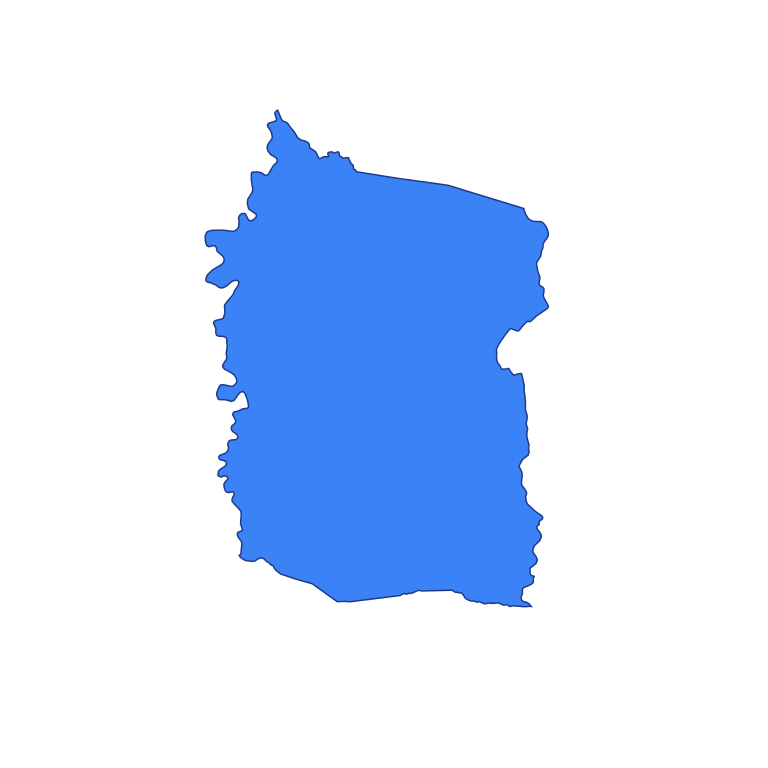 outline of Tocoa, Colón, Honduras, rotated 308°
{"feature_id": "27666195B94157421146472", "entity_name": "Tocoa", "entity_type": "district", "adm_level": 2, "iso_a3": "HND", "parent_name": "Honduras", "parent_adm1": "Colón", "projection": "mercator", "projection_center": [-85.973, 15.578], "detail": "fine", "context": "isolated", "style": "filled", "palette": "blue", "viewbox_px": 768, "rotation_deg": 308, "n_neighbors": 0, "source": "geoboundaries", "source_scale": "gbopen_adm2", "svg_char_len": 6171}
<svg xmlns="http://www.w3.org/2000/svg" viewBox="0 0 768 768"><g transform="rotate(308 384 384)"><path d="M214.2,317.2L213.9,318.9L213.3,319.5L209.2,319.1L206.7,319.4L204.2,321.6L202.1,324.9L201.9,325.9L202.3,327.6L202.9,328.5L205.9,331.2L206.0,332.6L205.6,333.2L204.8,333.8L200.0,335.0L198.2,336.4L197.3,339.9L196.1,347.8L195.3,349.7L193.9,351.4L185.7,356.9L182.0,362.2L180.8,362.3L177.5,360.3L176.4,360.3L175.4,360.8L174.4,361.9L173.0,364.8L172.6,367.2L171.3,369.9L162.2,375.7L161.2,375.9L159.9,375.4L159.1,377.1L159.1,380.0L159.5,383.0L160.6,385.3L163.3,389.6L165.2,391.3L169.1,392.6L170.4,393.4L171.5,394.5L172.2,396.0L172.3,397.3L171.8,400.4L172.3,403.3L171.8,405.5L172.4,408.8L171.4,411.0L170.6,413.7L170.6,419.3L175.9,434.5L182.4,450.4L183.7,481.2L188.4,486.7L191.4,491.2L227.1,526.8L231.5,528.8L232.0,531.0L234.1,532.2L235.9,534.5L242.7,538.2L244.2,541.2L263.4,564.6L263.7,568.1L264.9,569.9L265.8,572.0L267.3,573.9L266.4,576.4L266.3,577.4L265.5,578.8L265.3,581.3L265.7,583.5L266.8,586.6L268.6,588.7L269.1,591.3L271.2,593.3L272.5,598.2L273.4,599.4L275.3,600.7L278.7,605.6L281.8,608.5L283.4,614.5L285.7,616.7L286.2,620.3L288.7,622.3L295.4,632.4L298.2,635.3L299.4,637.1L300.0,634.3L300.0,631.9L299.7,630.5L298.8,629.0L298.3,626.7L298.9,624.8L300.2,623.4L304.2,622.0L307.6,619.4L309.1,619.2L310.1,619.5L312.5,621.2L316.6,623.2L318.7,623.8L319.9,623.6L322.6,621.4L324.9,620.7L323.8,618.1L324.1,616.7L324.8,615.6L328.7,612.6L329.6,612.5L332.2,613.5L336.4,614.2L339.3,613.4L340.2,612.5L341.7,609.9L343.0,605.3L344.6,603.6L346.1,602.9L349.5,602.1L356.1,603.1L359.7,602.4L361.1,601.5L362.1,600.2L363.1,598.1L364.1,594.0L365.2,592.6L366.5,592.3L369.0,592.8L370.4,591.3L371.1,591.0L375.1,591.9L376.4,591.4L377.0,590.4L377.2,589.1L376.8,582.1L377.7,571.0L379.0,568.6L381.3,566.0L382.7,564.9L385.4,563.9L386.2,563.1L387.8,560.0L388.8,555.5L389.6,554.1L391.5,552.6L397.7,548.8L399.7,546.3L402.0,541.5L402.7,540.8L409.8,539.6L416.5,541.4L419.7,540.2L422.9,537.0L425.3,535.8L428.7,531.1L431.2,528.3L434.2,526.2L437.2,524.7L440.2,520.4L443.4,518.9L446.8,516.8L451.0,511.1L457.1,506.4L461.7,502.0L464.2,499.2L469.5,495.1L476.2,486.8L476.7,486.2L476.5,485.4L475.0,483.9L470.8,480.7L471.0,478.8L471.7,476.2L473.1,472.7L472.7,472.2L471.2,471.3L468.5,468.0L468.3,467.2L469.6,464.4L470.9,460.2L471.7,458.9L474.0,456.5L478.2,453.4L480.5,451.3L482.7,450.6L489.3,449.6L502.0,449.2L504.7,449.4L505.5,449.7L506.0,450.4L507.8,456.2L508.6,457.2L510.4,457.5L516.1,457.6L520.7,458.1L521.8,458.7L522.9,460.6L523.7,461.0L531.7,462.3L543.2,466.0L545.6,466.2L547.0,464.9L550.2,457.4L551.6,455.1L556.1,452.6L557.7,451.2L558.0,449.4L557.6,446.1L558.0,445.0L559.1,444.1L564.1,441.2L567.6,435.7L572.5,430.2L574.3,429.4L581.1,428.8L585.9,426.3L589.2,425.4L592.4,423.1L595.3,422.7L600.0,422.6L601.6,422.2L604.2,420.4L606.2,417.8L607.6,415.2L608.7,411.5L608.9,409.6L608.6,407.8L604.2,401.7L603.5,399.7L603.1,397.0L603.5,394.7L605.3,390.5L607.5,387.0L608.4,386.2L579.9,311.9L554.3,267.8L534.7,232.3L534.5,231.0L535.2,229.4L534.7,227.7L537.3,225.0L537.6,222.1L539.0,219.1L540.3,217.1L540.2,216.4L539.8,215.6L536.6,212.7L536.9,210.6L536.3,208.7L538.4,206.3L538.7,204.9L538.0,204.2L535.2,202.7L535.1,200.4L532.9,198.1L531.9,197.6L531.1,197.8L530.3,198.6L529.5,200.2L529.0,200.4L526.4,197.0L524.8,195.9L522.8,195.3L521.7,193.8L524.9,187.2L524.5,179.9L526.8,177.5L527.3,176.3L527.4,174.6L526.8,172.2L525.2,168.4L524.9,164.4L527.6,157.6L528.8,151.4L530.1,147.6L530.1,146.5L529.1,143.1L529.2,140.6L534.3,131.7L533.2,131.1L531.2,130.9L530.1,131.2L526.5,136.3L525.5,136.8L523.7,136.2L518.9,132.8L517.7,132.4L516.7,132.6L515.9,133.1L515.2,134.1L513.9,138.3L513.1,140.2L509.7,144.1L508.2,144.7L501.2,145.0L498.5,146.2L496.4,148.7L495.2,152.3L495.1,154.4L495.7,158.9L495.6,160.5L494.7,161.9L493.3,162.9L492.2,163.0L488.2,162.4L483.2,162.9L478.7,163.8L476.8,163.5L475.9,162.8L475.3,161.6L475.0,157.7L473.5,154.1L470.1,150.0L469.4,149.6L468.7,149.7L466.8,150.9L462.8,154.2L456.1,161.3L453.1,162.2L445.9,162.9L444.1,163.8L441.7,165.6L438.7,169.5L438.7,172.5L439.1,178.2L438.5,179.6L437.0,180.5L433.1,180.0L431.1,179.0L430.2,178.2L429.9,176.8L430.1,175.5L432.7,170.3L432.3,168.7L431.0,167.2L428.6,166.4L425.4,167.0L422.7,169.8L419.1,172.3L418.0,172.7L415.9,173.0L413.2,172.3L411.4,171.1L409.6,168.6L409.0,167.1L405.9,162.1L400.0,154.8L398.1,152.9L396.1,151.5L394.6,150.9L392.9,151.2L390.5,152.0L387.2,154.8L385.0,157.4L384.0,159.2L384.0,160.2L384.4,161.5L387.8,164.1L388.5,165.2L388.7,166.4L388.3,167.8L385.7,171.2L385.6,177.7L384.8,180.1L383.6,181.6L381.3,182.6L378.5,182.6L368.5,178.7L362.1,177.7L360.0,177.9L356.9,179.1L356.2,179.6L355.6,180.9L355.6,181.9L357.0,185.0L358.2,189.5L358.6,191.4L358.5,194.3L359.4,196.6L360.8,197.9L363.3,199.2L365.5,199.9L370.0,200.7L372.4,201.6L374.2,203.2L375.3,204.6L375.4,205.8L374.4,207.3L371.9,208.4L365.7,208.8L363.1,209.6L360.9,210.0L351.4,209.6L348.3,209.8L347.2,210.3L342.0,215.0L337.0,216.8L335.4,216.2L330.5,212.3L328.7,211.6L327.6,211.8L326.7,212.7L324.3,217.2L321.1,219.7L320.0,220.9L319.4,222.1L319.8,224.1L323.0,228.8L323.2,231.0L322.5,232.6L320.2,234.3L317.2,237.3L311.0,240.8L307.6,244.2L306.3,244.6L300.3,245.1L299.0,245.7L298.1,246.7L297.5,249.2L298.8,256.3L298.8,260.7L297.9,263.5L296.0,265.9L294.7,266.8L293.2,267.0L290.7,266.7L289.0,266.0L287.9,264.7L284.7,258.2L283.4,256.5L282.3,255.7L278.6,256.2L274.1,257.6L272.7,258.6L271.0,260.9L270.2,262.7L270.2,263.6L273.9,268.7L276.4,274.5L278.9,276.0L286.7,275.6L288.8,275.8L290.3,276.6L291.2,277.7L291.3,279.2L290.1,281.8L287.2,286.4L283.2,290.9L282.1,291.4L280.7,291.2L277.3,287.8L273.9,286.3L272.0,285.1L269.8,283.2L267.9,283.0L266.5,283.9L264.1,289.2L263.3,290.2L261.6,290.8L257.1,289.9L255.7,290.5L254.5,291.5L253.8,292.6L253.4,294.1L253.6,299.2L252.6,301.1L251.7,302.0L250.2,301.9L248.7,301.3L245.6,297.9L243.9,297.0L241.0,297.6L239.8,298.5L237.8,300.9L236.2,301.8L234.6,302.1L231.9,301.7L226.8,298.5L225.1,298.6L224.0,299.5L223.5,300.9L223.6,302.2L224.9,304.4L225.3,306.1L225.3,307.7L224.5,308.8L223.0,309.3L220.8,309.2L217.4,307.9L214.2,307.2L212.5,307.7L209.8,309.4L209.7,310.8L210.2,312.5L210.8,313.3L212.3,313.9L213.3,314.7L213.9,315.7L214.2,317.2Z" fill="#3b82f6" stroke="#1e3a8a" stroke-width="1.5"/></g></svg>